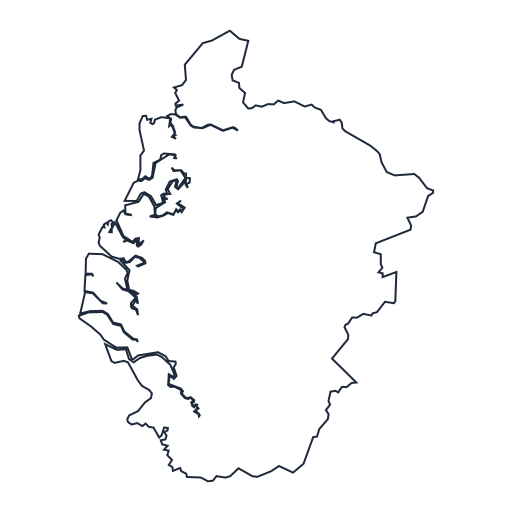 Machala, El Oro, Ecuador (Mercator projection)
{"feature_id": "8360857B54520179219696", "entity_name": "Machala", "entity_type": "district", "adm_level": 2, "iso_a3": "ECU", "parent_name": "Ecuador", "parent_adm1": "El Oro", "projection": "mercator", "projection_center": [-79.976, -3.314], "detail": "fine", "context": "isolated", "style": "outline", "palette": "slate", "viewbox_px": 512, "rotation_deg": 0, "n_neighbors": 0, "source": "geoboundaries", "source_scale": "gbopen_adm2", "svg_char_len": 6088}
<svg xmlns="http://www.w3.org/2000/svg" viewBox="0 0 512 512"><path d="M245.1,93.0L239.4,88.0L238.9,82.8L232.6,80.4L231.7,74.9L234.0,69.9L241.8,66.6L248.3,40.8L239.5,38.9L229.8,30.7L211.8,40.6L202.8,43.1L184.8,64.7L186.0,79.9L182.1,85.1L174.0,87.5L176.9,90.0L175.2,92.9L179.1,100.7L175.4,103.6L175.7,105.6L183.4,104.5L176.5,107.5L175.4,110.4L176.0,114.2L180.2,117.3L184.6,116.6L186.2,117.0L190.5,124.4L193.5,126.7L201.7,128.0L207.5,124.9L210.6,124.4L223.0,130.3L232.9,127.2L234.9,127.8L238.0,130.6L232.6,127.7L222.9,130.8L210.5,124.8L202.5,128.2L194.1,127.5L190.9,125.8L185.1,117.3L180.2,117.8L175.0,114.3L170.5,114.2L167.2,116.1L171.2,119.0L170.4,122.7L172.9,126.0L175.2,132.6L174.0,134.6L175.4,135.2L172.8,136.7L176.1,138.8L171.9,136.9L174.8,133.1L172.0,125.8L171.0,124.8L169.2,126.1L170.2,118.3L161.3,117.2L154.9,119.7L154.2,123.0L152.4,124.2L150.3,122.8L151.4,118.8L147.1,119.8L146.1,115.8L142.8,116.0L139.5,123.3L139.5,129.9L144.0,150.6L140.4,155.5L140.4,170.2L138.0,179.4L142.0,179.2L145.4,176.2L148.4,178.4L150.5,178.1L152.1,175.4L153.5,162.9L160.2,159.7L161.2,155.2L163.8,153.5L174.8,154.4L175.7,155.2L174.7,157.9L177.1,158.3L174.2,158.1L175.1,155.3L169.3,154.3L155.6,163.0L152.6,177.8L149.0,179.9L144.9,178.2L141.4,181.1L138.0,180.6L133.7,182.8L124.6,200.9L136.6,201.0L140.9,193.5L144.4,192.2L151.1,196.3L156.1,205.1L163.1,202.8L161.2,195.2L163.6,193.6L167.1,193.9L165.7,189.6L169.8,181.5L176.8,179.2L178.0,181.1L176.4,187.0L178.1,188.2L185.4,178.0L180.6,170.4L173.5,171.0L171.7,167.6L174.2,170.3L181.1,170.2L184.2,173.5L186.1,173.6L185.6,177.6L190.0,178.3L189.5,182.7L186.6,183.7L187.8,187.9L185.6,184.6L185.9,180.6L178.1,189.3L175.0,186.8L176.6,180.3L172.8,181.2L167.6,189.1L170.2,193.9L163.7,194.7L165.4,198.4L167.7,198.7L165.5,199.3L162.7,196.6L165.1,202.2L155.8,208.0L155.1,213.3L157.5,216.4L162.6,215.5L166.9,212.3L173.4,214.4L176.2,209.2L178.4,211.3L180.1,209.4L181.8,211.3L183.7,207.5L181.5,207.4L176.9,203.5L181.1,200.6L177.7,203.2L184.7,207.6L181.6,212.2L180.2,210.2L178.0,212.3L175.9,210.0L173.3,214.9L167.9,213.0L163.7,215.5L157.6,217.5L149.7,216.5L153.7,215.1L155.1,216.2L154.3,206.4L148.9,196.5L143.7,193.9L138.6,201.8L125.2,205.3L125.5,213.7L130.5,214.5L131.7,215.3L125.5,214.3L123.4,210.5L120.2,212.9L116.5,220.2L123.4,236.0L132.6,241.9L135.3,238.7L138.9,238.1L138.6,244.7L143.7,240.4L140.9,244.9L138.0,246.6L136.8,245.4L137.1,239.5L133.6,243.2L127.2,240.5L123.2,242.0L126.0,240.1L122.5,236.6L115.0,222.4L111.7,229.0L111.7,232.3L109.3,232.1L112.0,227.1L111.5,223.9L113.4,222.7L110.9,220.2L108.4,221.5L107.8,224.6L106.3,222.8L103.7,224.7L104.5,227.4L102.5,227.0L98.7,234.4L99.7,237.9L98.6,242.6L100.0,245.9L111.7,256.6L119.3,258.8L123.7,258.3L125.3,261.6L128.1,261.9L135.5,255.6L141.8,257.8L145.1,261.0L145.3,263.4L138.0,266.5L137.0,265.7L145.0,262.6L139.3,257.8L134.8,256.8L129.9,262.0L126.2,262.8L124.4,262.6L123.0,259.2L120.6,260.7L129.5,270.2L127.3,280.6L129.2,289.8L133.6,290.9L138.0,293.5L136.6,294.3L133.1,291.3L130.5,291.5L136.7,296.9L138.0,303.7L135.8,300.5L132.3,305.6L137.2,309.4L138.0,315.1L135.9,309.6L132.0,308.3L131.0,306.3L131.1,303.0L135.4,298.1L134.9,296.9L128.3,291.1L122.6,289.5L116.4,282.5L122.4,288.3L127.4,289.9L125.0,278.5L127.7,272.9L126.3,269.7L117.9,261.8L102.5,254.2L88.8,253.7L86.0,258.6L85.6,273.6L92.1,273.8L93.3,276.4L91.7,274.3L85.4,275.1L84.5,291.0L93.1,292.6L100.4,300.7L107.2,303.5L102.8,303.3L92.8,293.3L85.1,292.2L80.2,313.5L90.4,311.1L102.8,310.8L108.0,314.2L113.0,322.5L121.0,324.4L124.4,331.6L133.7,339.0L136.9,339.3L137.9,342.0L136.4,339.8L132.7,339.6L123.9,332.3L121.0,325.9L113.2,324.0L107.2,314.7L102.7,312.0L88.4,312.4L78.8,315.8L79.5,318.4L90.7,326.2L100.5,334.7L103.7,339.5L112.9,345.5L116.5,347.6L127.4,347.4L131.8,359.0L133.4,359.2L138.0,355.5L158.0,352.2L165.7,356.3L168.5,361.0L175.5,361.6L175.8,364.0L173.7,367.3L176.6,376.0L173.8,378.9L169.7,375.5L168.7,383.9L180.9,388.6L183.0,391.3L181.6,393.4L185.0,397.1L187.2,398.2L190.7,397.2L194.2,400.1L194.0,401.8L192.1,402.4L192.8,405.4L194.4,406.5L195.4,404.4L197.2,404.7L196.5,406.1L198.5,408.4L194.7,411.4L196.9,411.9L199.1,414.0L199.7,415.5L199.0,416.4L198.5,414.0L194.1,411.6L197.6,408.0L195.7,405.2L194.2,407.3L192.2,405.8L191.3,402.3L193.7,400.5L190.2,397.6L188.3,399.0L185.0,398.1L180.9,393.6L181.4,390.2L174.7,386.8L170.3,386.9L168.1,385.0L168.8,374.2L174.0,377.2L174.3,374.3L170.3,364.8L161.9,357.1L157.0,354.6L148.1,355.6L140.0,358.0L133.6,362.3L129.0,359.0L125.9,349.3L116.7,349.8L105.2,344.2L111.4,361.1L114.7,362.9L123.6,360.9L127.9,362.2L138.0,380.6L142.1,386.0L149.2,390.0L151.9,393.5L150.9,398.2L145.0,402.4L138.0,411.1L129.2,415.4L127.2,419.3L128.1,422.2L131.7,424.5L137.4,423.1L142.3,426.1L145.6,423.6L148.8,426.8L153.5,427.6L159.2,437.5L161.7,435.1L164.1,427.5L167.9,428.0L167.5,430.4L164.3,432.1L166.5,435.7L165.4,439.4L160.8,440.3L162.2,444.4L167.6,445.7L164.0,449.7L168.7,450.6L167.3,455.2L172.0,460.0L168.8,464.9L172.4,467.1L172.9,470.9L180.2,468.0L181.3,471.2L186.2,473.7L187.0,477.0L200.8,477.5L208.0,481.3L212.9,480.7L216.5,476.1L225.5,477.6L230.2,476.2L238.5,468.3L252.4,476.2L257.3,476.8L271.2,471.2L279.0,466.0L293.0,472.6L303.5,463.8L313.2,437.1L317.0,436.6L319.3,429.0L327.8,419.2L328.6,414.2L325.9,410.1L330.1,404.6L328.5,401.1L330.5,391.7L335.3,390.8L338.2,392.4L342.0,386.8L346.6,387.1L351.5,383.0L356.3,382.5L332.0,358.6L348.0,339.1L348.3,334.8L344.5,327.2L345.5,324.8L348.1,323.6L352.2,317.5L356.8,317.7L363.4,313.9L371.4,315.5L372.7,313.3L376.9,312.2L385.0,301.8L393.9,303.2L395.3,301.2L396.4,272.0L382.6,277.1L382.7,273.4L378.5,272.3L382.4,267.7L380.8,264.2L380.8,254.3L374.0,252.2L375.8,243.3L410.5,229.7L411.1,225.5L407.4,217.7L416.0,216.4L422.7,211.8L428.1,196.0L433.1,192.8L433.2,190.5L427.0,188.2L419.1,177.8L414.3,174.0L394.8,175.4L386.8,172.1L381.5,162.3L379.8,154.4L377.2,151.2L370.2,145.6L345.3,131.3L342.4,128.4L341.8,122.8L339.7,119.7L333.3,121.3L333.6,122.3L329.3,121.1L325.9,118.2L321.0,109.9L314.7,107.5L311.7,104.6L304.7,106.5L294.4,101.4L284.1,103.1L278.2,100.6L273.7,104.4L268.1,104.1L261.8,106.7L255.8,105.4L251.8,108.2L248.3,108.5L243.0,102.4L245.1,93.0Z" fill="none" stroke="#1e293b" stroke-width="2"/></svg>